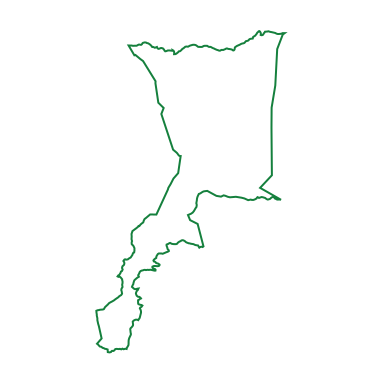 outline of San Ildefonso Sola, Oaxaca, Mexico, rotated 3°
{"feature_id": "50627088B40141322880510", "entity_name": "San Ildefonso Sola", "entity_type": "district", "adm_level": 2, "iso_a3": "MEX", "parent_name": "Mexico", "parent_adm1": "Oaxaca", "projection": "albers", "projection_center": [-96.966, 16.576], "detail": "fine", "context": "isolated", "style": "outline", "palette": "green", "viewbox_px": 384, "rotation_deg": 3, "n_neighbors": 0, "source": "geoboundaries", "source_scale": "gbopen_adm2", "svg_char_len": 6008}
<svg xmlns="http://www.w3.org/2000/svg" viewBox="0 0 384 384"><g transform="rotate(3 192 192)"><path d="M281.3,195.1L259.8,184.3L270.9,171.1L268.0,123.5L267.1,103.6L269.6,81.3L269.6,44.8L274.4,30.0L276.2,28.5L274.2,28.6L272.8,29.3L270.3,29.7L269.1,29.7L268.0,29.4L266.7,28.8L263.3,28.2L261.7,28.0L259.8,27.5L258.9,27.8L256.5,28.1L256.1,29.0L255.6,29.5L255.2,30.2L255.0,30.8L254.4,31.5L253.8,31.7L253.3,31.8L252.4,31.6L252.5,30.5L252.4,29.9L252.1,29.1L251.7,28.8L251.6,28.4L251.2,28.0L250.7,27.8L250.1,28.1L249.6,28.8L248.8,29.5L248.5,30.3L248.1,30.9L246.9,32.6L245.0,33.9L244.6,35.6L242.7,35.9L241.6,36.3L241.0,36.8L240.5,37.6L239.9,38.0L237.9,38.6L236.6,40.3L235.9,40.7L234.1,41.2L233.2,41.6L232.0,42.4L229.2,43.8L227.4,45.2L227.2,45.7L227.1,47.2L226.9,47.7L226.4,48.3L225.8,48.5L225.2,48.3L224.7,47.8L223.7,47.5L222.2,47.3L220.7,47.2L219.4,46.8L218.6,47.0L217.9,47.5L216.8,48.0L215.9,48.5L213.9,48.6L212.6,49.4L211.6,49.4L210.9,49.1L209.6,48.8L207.6,48.1L206.6,47.6L205.6,47.3L204.6,46.9L203.7,46.4L202.8,46.1L201.9,46.2L201.0,46.1L199.4,45.2L198.5,45.3L197.1,45.3L195.7,45.7L195.1,46.3L194.3,46.6L192.7,46.7L190.5,46.7L188.9,45.6L188.0,45.1L187.0,44.9L185.4,44.9L184.7,45.1L182.4,45.9L180.4,47.1L178.9,47.0L177.7,47.3L175.9,49.0L175.0,49.5L173.8,51.0L172.7,52.0L171.4,52.3L170.9,53.1L169.1,54.7L168.1,55.2L166.9,55.3L167.0,54.0L166.7,52.7L166.1,51.8L165.3,51.4L165.5,52.0L163.4,51.9L162.2,51.8L160.5,51.9L159.1,52.6L157.9,52.9L157.1,52.2L156.8,51.6L156.4,51.0L155.7,50.5L155.4,50.1L153.9,49.8L152.9,50.0L152.5,50.3L151.3,50.8L150.5,50.6L149.9,50.1L149.4,49.0L147.4,49.9L145.7,49.2L144.8,49.3L144.3,49.0L144.1,48.5L143.3,47.7L141.9,46.6L140.4,45.8L139.1,45.6L138.4,45.2L137.9,45.1L136.9,45.1L135.3,45.6L134.9,45.9L134.2,47.1L133.7,47.6L133.0,47.7L131.4,47.5L130.5,47.9L129.1,48.8L125.2,49.1L124.2,48.9L121.0,49.0L127.3,58.5L128.3,58.1L133.4,61.9L136.3,63.8L149.8,83.3L149.8,85.3L153.7,104.6L159.3,109.6L157.3,115.7L170.9,150.7L174.6,153.5L175.4,154.3L176.4,155.6L177.2,156.4L177.9,156.7L178.8,156.7L177.2,173.9L172.8,179.5L170.2,185.3L168.2,189.0L167.8,190.8L157.6,216.4L151.4,216.6L147.1,220.6L146.1,221.4L145.4,222.9L144.9,224.9L143.3,226.2L142.2,227.3L141.2,228.8L140.4,228.7L139.9,229.6L138.6,230.8L134.6,234.1L133.8,237.1L134.1,239.6L134.1,242.3L134.7,244.2L134.4,245.3L134.5,247.1L135.2,247.9L136.1,248.6L137.3,250.7L137.5,251.4L137.5,252.4L137.6,253.4L137.4,255.4L136.6,255.7L136.0,257.0L135.8,257.9L134.2,260.6L132.6,261.6L131.5,262.6L130.4,262.9L129.5,263.0L128.7,262.7L128.0,263.1L127.1,264.5L128.0,265.7L128.2,267.1L127.9,268.3L126.4,269.9L126.1,271.5L126.8,273.1L126.1,274.7L125.2,275.2L124.8,276.7L123.7,278.6L122.7,279.2L122.1,280.2L123.0,280.6L124.2,280.3L125.4,281.2L126.8,282.8L126.8,283.3L127.3,284.9L127.4,286.6L127.1,288.3L127.6,290.5L126.7,292.2L126.5,293.7L126.9,294.6L127.5,297.2L126.7,298.6L124.8,299.9L124.0,300.9L121.1,303.1L119.9,304.2L118.1,305.4L116.4,306.4L114.9,307.4L114.0,308.6L111.2,311.5L110.1,313.6L109.2,314.0L106.3,314.4L105.1,314.8L104.0,315.0L102.7,315.6L102.9,317.3L103.3,319.2L103.4,320.5L104.1,323.0L104.2,324.9L105.2,328.6L106.0,330.8L109.4,343.0L105.1,348.5L106.1,349.2L108.0,351.1L109.7,351.4L110.5,352.1L111.4,352.5L111.9,352.5L113.4,353.2L114.3,353.2L116.0,353.7L116.3,356.3L118.1,356.5L119.4,356.1L119.9,355.3L120.5,354.8L121.6,354.9L122.4,354.5L123.2,353.6L123.5,353.0L124.0,352.8L125.0,352.6L126.9,352.7L127.8,352.6L128.2,352.4L129.4,352.8L129.8,352.8L130.3,352.3L130.7,352.1L131.1,352.2L131.9,352.6L132.9,352.3L133.3,352.1L133.8,352.0L134.9,352.2L135.1,351.1L136.5,348.4L136.6,347.3L136.5,343.9L136.6,342.7L137.0,341.1L138.4,337.7L138.4,336.8L138.1,335.8L137.5,332.1L137.8,331.3L138.9,330.1L140.0,328.5L140.1,327.6L139.6,324.6L140.2,323.8L140.9,323.2L142.0,322.6L142.7,322.4L144.0,322.4L145.0,322.8L145.6,321.7L145.9,321.3L146.2,320.8L146.5,319.8L146.7,318.8L147.4,315.2L147.3,313.8L146.9,312.5L146.0,310.9L146.3,310.2L147.6,309.3L148.4,308.0L147.5,307.5L146.0,307.3L144.4,306.8L144.0,305.9L143.8,302.9L144.9,302.2L145.8,301.4L146.6,301.0L146.1,300.3L144.9,299.5L144.2,299.5L143.3,299.3L142.2,298.4L141.7,297.4L141.3,296.3L141.4,295.5L142.0,293.8L142.9,292.9L143.6,291.2L142.2,291.5L141.6,291.8L140.1,292.0L139.1,291.6L137.0,289.9L137.6,288.2L138.2,287.1L138.3,286.0L138.8,283.9L139.2,283.0L140.6,281.6L141.8,280.5L143.4,279.4L142.6,277.9L143.0,277.2L143.5,276.1L144.0,274.6L144.9,273.6L145.9,273.1L146.8,272.9L148.3,272.3L149.1,272.2L150.1,272.4L151.8,272.0L152.8,272.1L154.8,271.8L158.6,272.5L159.6,272.4L159.7,271.6L159.2,271.0L157.2,270.3L156.7,269.9L156.4,269.4L156.4,268.6L157.0,268.3L157.5,268.0L158.8,267.8L161.1,267.9L162.5,267.7L163.0,267.4L163.4,266.8L163.4,266.2L162.0,265.3L159.9,264.8L159.5,264.2L158.7,263.6L157.5,263.3L157.1,262.3L157.7,261.4L158.5,260.6L159.7,259.8L159.7,259.2L159.9,258.0L161.1,255.8L162.1,255.1L164.7,255.0L166.0,255.2L169.7,253.4L171.0,252.9L172.0,252.1L171.6,251.1L170.8,250.5L170.5,249.9L170.2,248.7L169.7,247.7L169.3,246.4L169.4,245.8L171.3,244.9L172.0,244.3L172.8,244.0L174.5,244.8L176.1,245.0L178.8,244.9L179.9,244.4L180.5,243.4L182.0,242.2L183.3,241.6L184.0,240.9L185.4,240.6L187.1,241.2L188.6,242.4L189.5,242.8L190.6,243.1L191.4,243.4L192.3,243.4L193.4,243.7L196.2,244.0L198.1,244.8L200.9,245.1L201.7,246.5L202.2,247.2L203.1,246.5L204.6,246.1L205.5,246.4L206.3,245.7L199.3,223.6L191.6,220.2L189.2,215.2L190.8,214.4L192.1,213.8L193.8,212.5L195.0,210.8L196.4,208.0L197.2,206.8L197.4,205.3L197.3,204.1L196.9,203.0L197.3,199.9L197.3,198.7L197.6,197.0L198.0,195.8L198.9,193.6L200.3,193.0L202.6,191.3L203.9,190.7L207.2,190.1L216.6,194.6L221.2,195.1L223.8,193.7L225.7,194.1L227.9,194.9L230.2,195.3L236.1,194.5L241.7,195.1L244.7,195.7L248.5,197.2L251.1,196.5L252.2,196.8L253.7,196.7L255.2,196.1L255.9,195.6L256.7,195.2L257.3,194.1L257.8,193.7L259.2,194.4L261.7,193.4L262.8,193.5L265.3,194.1L266.9,195.2L268.1,195.6L269.3,195.2L270.4,194.7L271.7,193.3L272.8,192.8L273.8,192.9L274.7,193.5L275.2,194.2L276.6,194.7L277.1,195.0L277.9,195.1L280.0,194.9L281.3,195.1Z" fill="none" stroke="#15803d" stroke-width="2"/></g></svg>